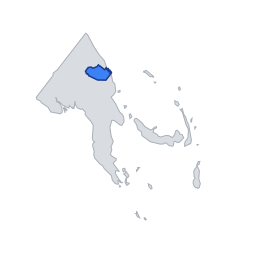 Angoram District, East Sepik, Papua New Guinea shown in context, rotated 38°
{"feature_id": "67681753B97300353445922", "entity_name": "Angoram District", "entity_type": "district", "adm_level": 2, "iso_a3": "PNG", "parent_name": "Papua New Guinea", "parent_adm1": "East Sepik", "projection": "orthographic", "projection_center": [143.956, -4.467], "detail": "fine", "context": "in_parent", "style": "filled", "palette": "blue", "viewbox_px": 256, "rotation_deg": 38, "n_neighbors": 0, "source": "geoboundaries", "source_scale": "gbopen_adm2", "svg_char_len": 5694}
<svg xmlns="http://www.w3.org/2000/svg" viewBox="0 0 256 256"><g transform="rotate(38 128 128)"><path d="M36.8,160.3L36.6,132.8L35.2,130.8L36.5,125.8L36.3,79.3L39.0,79.5L51.7,85.2L60.4,88.1L67.9,89.5L74.8,94.1L79.9,94.4L87.5,100.9L90.5,101.4L95.9,106.8L96.2,111.3L95.6,114.0L103.8,116.7L111.5,120.5L115.8,120.9L118.1,122.3L121.0,125.5L121.5,129.8L119.8,130.6L112.5,130.5L110.5,131.9L113.4,138.7L119.9,144.9L124.8,147.8L126.2,153.4L128.7,155.2L130.3,159.6L132.8,160.1L137.8,159.4L138.6,161.3L137.8,164.1L138.5,165.2L147.6,167.6L144.6,169.1L145.9,171.6L151.8,173.9L155.5,174.7L157.7,174.5L155.1,175.7L152.8,175.3L152.4,175.7L153.3,176.8L155.2,178.0L153.2,179.4L151.2,179.6L147.5,178.6L144.4,175.8L134.4,174.6L131.0,173.3L128.2,173.7L120.2,172.2L117.5,170.2L115.8,167.3L111.0,163.7L109.9,161.9L110.4,159.6L109.1,159.9L106.3,158.2L99.0,147.3L95.3,145.8L86.0,143.9L84.6,141.8L80.3,141.0L79.3,142.4L75.7,143.3L72.7,142.3L69.7,139.6L73.3,145.7L72.0,145.6L72.6,146.6L71.9,146.7L68.0,146.4L69.2,148.8L62.8,150.2L58.0,149.7L55.8,150.4L54.8,150.3L53.6,148.5L51.9,148.8L53.3,148.8L55.2,151.0L59.1,150.7L63.0,152.3L66.3,155.8L66.2,158.3L57.3,162.9L52.2,160.9L44.7,161.4L42.1,160.7L38.7,161.6L36.8,160.3ZM170.8,99.8L172.6,101.0L174.5,99.8L178.0,101.4L177.3,107.4L176.1,109.0L173.1,109.6L172.7,110.5L174.6,114.0L173.8,115.3L171.2,116.6L166.9,116.4L165.7,118.8L163.3,120.9L154.0,125.1L143.8,125.4L140.5,122.7L137.0,123.1L132.4,120.0L128.5,118.7L127.7,117.5L127.8,116.0L128.9,115.1L135.9,115.3L140.3,116.5L146.1,115.8L147.8,114.9L148.4,111.1L149.4,109.5L150.4,110.2L149.1,113.2L150.5,115.9L154.6,115.1L157.3,115.8L159.3,115.0L162.3,110.8L164.6,109.0L168.9,108.1L168.9,105.0L167.4,100.8L168.0,99.5L170.8,99.8ZM220.8,131.2L220.3,132.6L220.0,132.1L217.9,133.4L215.5,132.9L213.4,131.5L211.8,129.1L211.8,126.4L209.5,125.1L206.5,121.6L205.9,119.3L206.2,115.5L210.6,117.8L215.0,124.4L219.3,127.4L220.8,131.2ZM186.9,101.6L183.9,107.6L182.1,105.1L181.4,103.4L181.3,98.8L176.5,91.9L171.6,89.6L161.7,82.4L157.7,81.2L158.7,80.9L158.7,79.2L163.6,82.9L166.7,83.9L170.8,86.8L173.5,87.8L185.5,98.6L186.9,101.6ZM107.0,71.4L116.6,71.7L116.7,72.5L115.5,72.6L113.9,74.0L108.2,73.6L105.7,74.3L105.5,73.3L106.4,73.0L106.3,71.9L107.0,71.4ZM154.0,163.4L155.7,164.5L157.2,164.4L158.3,165.5L158.4,167.5L157.8,167.9L157.4,167.3L152.8,166.9L153.7,165.8L152.9,163.6L154.0,163.4ZM153.9,80.2L150.5,80.2L148.0,77.8L151.3,76.8L153.8,77.9L153.9,80.2ZM160.6,171.9L162.8,170.7L163.2,171.1L162.4,174.0L159.1,172.7L157.0,168.0L160.6,171.9ZM178.3,159.5L181.9,159.0L183.6,160.3L184.1,160.8L183.8,162.0L180.8,161.5L178.3,159.5ZM185.9,188.3L192.5,191.6L190.0,192.1L187.9,191.2L187.7,190.4L186.8,190.7L187.3,190.1L185.9,188.3ZM123.8,119.4L120.8,116.9L121.0,115.3L124.2,116.8L123.8,119.4ZM151.8,165.2L150.9,165.3L148.9,163.6L150.2,161.7L151.5,162.4L151.8,165.2ZM205.2,115.4L204.0,111.3L205.2,110.1L206.3,112.7L205.2,115.4ZM113.3,114.5L111.2,112.9L112.8,111.5L113.7,112.2L113.3,114.5ZM145.6,66.4L144.5,66.6L142.9,65.3L143.4,63.9L145.1,64.8L145.6,66.4ZM99.5,104.6L98.2,106.0L97.4,104.9L98.7,103.3L99.5,104.6ZM161.4,152.0L161.4,156.8L160.5,155.8L161.0,153.8L160.0,153.3L161.4,152.0ZM67.1,152.8L69.1,154.8L64.2,151.6L67.1,152.8ZM68.9,152.3L66.2,151.5L65.6,150.9L68.8,151.2L68.9,152.3ZM198.8,188.9L198.6,189.6L196.9,189.7L195.8,188.7L196.9,189.0L196.7,188.3L198.8,188.9ZM181.0,85.3L181.1,87.5L179.8,85.9L181.0,85.3ZM174.4,84.0L173.9,84.6L172.6,83.0L172.9,82.7L174.4,84.0ZM158.2,178.6L158.0,179.6L156.9,179.1L157.0,178.4L158.2,178.6ZM173.3,82.3L172.4,82.5L172.5,81.0L173.3,82.3ZM121.7,74.8L121.8,76.0L120.4,75.7L121.7,74.8ZM193.5,97.9L193.3,98.9L192.6,98.5L193.5,97.9Z" fill="#d9dde1" stroke="#a8b0b8" stroke-width="1"/><path d="M59.5,109.4L59.7,109.5L59.9,109.6L60.0,109.5L60.3,109.8L60.5,109.8L60.7,110.0L60.8,110.1L61.0,110.2L61.1,110.3L61.3,110.4L61.3,110.5L61.5,110.5L61.9,110.7L62.0,110.5L62.0,110.4L62.3,110.4L62.6,110.4L62.8,110.3L62.9,110.2L63.0,110.3L63.0,110.5L63.3,110.5L63.5,110.6L63.8,110.6L64.0,110.5L64.1,110.4L64.3,110.4L64.5,110.5L64.8,110.6L65.0,110.7L65.1,110.8L65.3,111.0L65.4,110.9L73.6,109.1L74.5,108.9L81.1,103.9L81.1,96.5L80.8,96.2L80.7,96.0L80.7,95.7L80.8,95.5L80.7,95.4L80.8,95.4L81.0,95.1L80.8,94.9L80.8,94.7L80.7,94.7L80.6,94.8L80.7,94.4L80.4,94.2L79.8,94.1L79.7,94.1L79.1,94.0L79.0,93.9L78.7,93.9L78.3,93.9L78.0,93.9L77.9,93.9L77.6,93.8L77.4,93.8L77.6,94.0L77.8,93.9L77.8,94.0L78.0,94.3L78.0,94.2L78.0,94.3L78.2,94.2L78.3,94.2L78.5,94.0L78.4,94.2L78.4,94.3L78.5,94.4L78.8,94.4L79.0,94.4L79.3,94.2L79.2,94.3L78.7,94.4L78.5,94.5L78.8,95.0L78.7,95.1L78.4,95.2L78.2,95.1L78.3,95.1L78.6,95.1L78.5,94.7L78.6,94.4L78.4,94.4L78.2,94.4L78.1,94.5L78.1,94.4L77.9,94.4L77.7,94.1L77.4,94.1L77.5,94.1L77.4,94.2L77.5,94.3L77.4,94.3L77.2,94.3L77.3,94.3L77.2,94.3L77.1,94.2L77.0,94.3L77.1,94.5L77.2,94.8L77.3,94.8L77.2,94.8L76.9,94.9L76.7,94.8L76.6,94.7L76.6,94.4L76.4,94.3L76.3,94.5L76.3,94.4L76.3,94.5L76.2,94.5L76.3,94.6L76.2,94.7L75.9,94.5L75.7,94.5L75.7,94.4L75.5,94.2L75.4,94.1L75.3,94.3L75.2,94.4L75.1,94.5L75.0,94.4L75.1,94.2L75.3,94.2L75.5,94.1L75.8,94.1L75.9,93.9L76.0,93.9L75.9,93.9L75.7,93.9L75.3,93.9L75.0,94.0L74.6,94.0L74.3,94.0L74.2,94.1L74.3,94.0L74.2,94.2L73.7,93.9L73.6,94.2L73.8,94.6L73.8,96.4L67.9,96.4L67.8,96.5L65.8,96.5L65.8,98.7L63.5,102.6L61.5,102.6L59.4,104.8L59.5,109.4ZM77.0,93.9L76.6,93.8L76.4,93.8L76.4,94.1L76.5,94.2L76.8,94.2L76.9,93.9L77.0,93.9L77.3,93.9L77.0,93.9ZM77.3,94.0L77.2,94.0L76.9,94.1L76.9,94.3L77.0,94.3L77.1,94.2L77.3,94.1L77.3,94.0ZM76.1,93.9L76.0,94.0L76.1,94.3L76.2,94.2L76.1,93.9ZM76.8,94.3L76.7,94.2L76.7,94.4L76.9,94.6L76.9,94.4L77.0,94.4L76.9,94.3L76.8,94.3ZM76.2,94.2L76.3,94.1L76.2,94.0L76.2,94.2ZM78.5,94.4L78.4,94.3L78.5,94.4Z" fill="#3b82f6" stroke="#1e3a8a" stroke-width="1.5"/></g></svg>